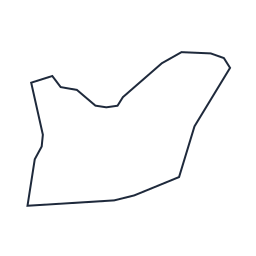 the Municipality of Naklo, rotated 265°
{"feature_id": "SVN-1015", "entity_name": "Naklo", "entity_type": "Municipality", "adm_level": 1, "iso_a3": "SVN", "parent_name": "Slovenia", "parent_adm1": "", "projection": "mercator", "projection_center": [14.309, 46.29], "detail": "fine", "context": "isolated", "style": "outline", "palette": "slate", "viewbox_px": 256, "rotation_deg": 265, "n_neighbors": 0, "source": "natural_earth", "source_scale": "10m", "svg_char_len": 416}
<svg xmlns="http://www.w3.org/2000/svg" viewBox="0 0 256 256"><g transform="rotate(265 128 128)"><path d="M181.6,35.5L186.4,57.1L174.6,64.5L170.4,80.4L153.1,97.5L150.5,108.2L151.1,119.5L159.2,125.6L189.6,167.4L198.9,187.9L195.1,216.9L189.3,229.6L179.0,234.9L123.9,194.4L74.7,174.6L60.3,128.3L57.1,107.9L59.3,21.1L105.0,32.4L117.1,40.4L128.7,42.6L181.6,35.5Z" fill="none" stroke="#1e293b" stroke-width="2"/></g></svg>